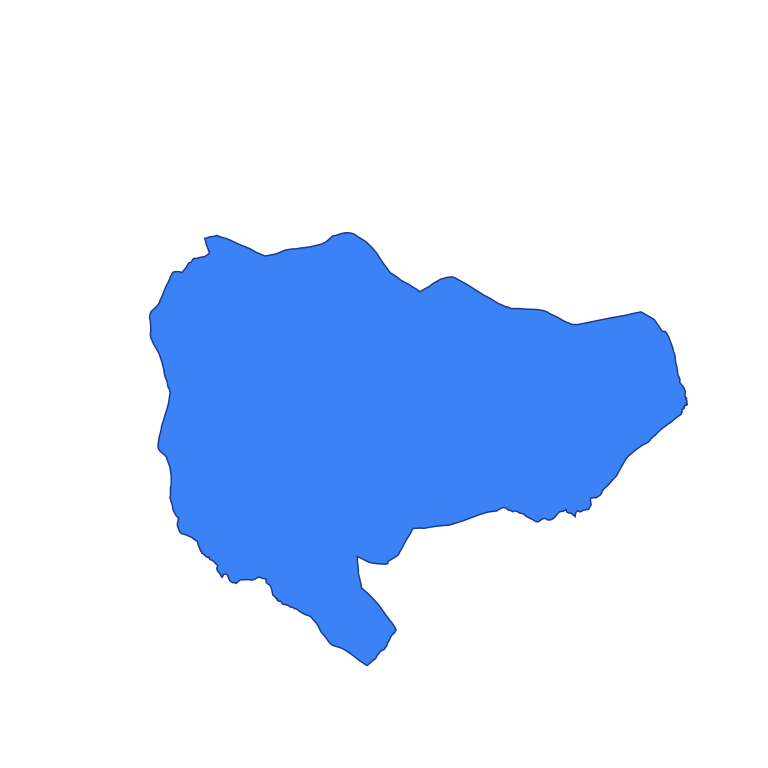 outline of Hanang, Manyara, United Republic of Tanzania, rotated 141°
{"feature_id": "72390352B73734578830609", "entity_name": "Hanang", "entity_type": "district", "adm_level": 2, "iso_a3": "TZA", "parent_name": "United Republic of Tanzania", "parent_adm1": "Manyara", "projection": "robinson", "projection_center": [35.319, -4.56], "detail": "fine", "context": "isolated", "style": "filled", "palette": "blue", "viewbox_px": 768, "rotation_deg": 141, "n_neighbors": 0, "source": "geoboundaries", "source_scale": "gbopen_adm2", "svg_char_len": 6159}
<svg xmlns="http://www.w3.org/2000/svg" viewBox="0 0 768 768"><g transform="rotate(141 384 384)"><path d="M487.7,598.8L491.8,597.2L501.1,591.9L504.2,590.6L506.8,589.0L509.5,587.9L511.5,587.4L519.3,586.9L521.8,585.5L524.1,583.5L526.4,579.4L530.0,574.3L532.1,571.7L533.6,570.5L535.8,567.4L535.8,567.7L537.9,559.9L539.5,549.8L540.9,545.8L543.0,540.3L546.0,533.9L549.2,528.4L551.1,522.2L553.5,518.1L554.4,514.2L556.0,511.3L557.0,510.8L563.3,504.8L568.9,500.8L573.3,498.0L577.5,495.0L581.5,492.5L584.5,490.2L585.1,489.3L585.9,488.9L589.2,486.2L591.5,484.8L596.1,480.6L599.0,477.6L599.8,476.4L600.2,475.0L600.3,472.5L600.1,471.0L599.2,467.1L599.1,464.1L600.1,461.7L602.3,455.2L603.3,452.9L607.0,446.9L610.2,442.6L613.2,439.3L615.2,437.8L619.9,432.0L621.8,430.4L623.3,427.1L624.8,422.8L627.1,419.2L627.9,415.8L628.4,412.2L628.1,409.4L628.6,408.5L631.8,406.1L633.4,404.4L634.8,401.0L635.7,397.9L635.5,395.0L633.2,392.0L630.1,386.0L629.1,382.0L628.3,379.8L628.2,378.8L629.8,375.5L630.9,371.5L631.7,369.3L631.3,367.8L632.1,367.1L631.2,365.9L631.2,364.2L630.8,361.6L630.1,360.0L629.6,360.3L629.1,360.0L629.1,359.1L629.7,357.3L628.0,353.9L627.9,349.8L627.5,348.6L627.5,347.7L628.1,347.1L630.1,345.9L630.9,343.6L631.1,342.0L631.0,341.1L630.8,340.2L631.6,336.9L631.6,336.0L631.2,335.7L630.7,335.8L628.6,336.9L628.0,336.9L626.1,335.1L625.9,334.3L626.0,333.4L627.2,330.3L627.0,329.8L627.4,329.1L627.5,327.9L627.1,326.0L626.8,325.0L624.6,323.2L624.8,322.4L623.8,322.1L621.6,322.3L618.9,322.2L612.5,317.4L610.0,314.6L606.9,313.6L602.6,312.8L600.8,309.6L598.4,306.8L598.6,306.0L599.5,305.5L600.3,303.9L600.4,302.3L599.3,299.8L599.5,297.8L600.9,294.3L603.2,290.0L602.4,285.2L602.5,285.1L602.4,285.0L602.8,285.0L602.7,284.4L602.9,283.2L602.4,282.9L602.8,282.0L602.1,281.4L601.8,280.6L601.0,280.4L601.1,278.9L601.4,277.0L601.0,276.1L600.4,275.8L600.0,275.0L599.3,274.8L599.3,274.0L599.0,273.7L598.3,273.5L597.8,272.5L597.7,271.7L596.9,269.3L595.5,267.8L595.2,267.1L594.7,265.3L593.8,264.8L593.0,262.4L592.9,260.9L591.1,256.1L590.1,254.0L587.7,250.2L587.4,248.2L587.1,241.0L587.4,237.5L588.6,232.7L589.0,230.7L588.7,223.2L589.2,219.1L589.1,215.9L588.5,213.5L586.1,209.7L584.5,207.6L582.8,204.7L580.9,199.6L579.5,194.9L577.2,184.6L574.9,177.3L574.4,176.1L573.6,175.8L566.7,176.1L563.4,175.9L559.7,177.5L555.5,178.3L553.5,178.4L551.1,177.6L547.0,178.7L544.3,180.4L541.4,181.4L539.4,182.5L536.6,183.8L532.4,184.1L529.4,185.2L528.7,187.9L528.1,193.6L528.1,195.3L528.4,195.9L528.0,199.6L528.0,202.3L527.1,216.7L528.2,230.4L529.7,239.3L529.8,239.3L525.6,247.6L523.2,252.7L520.1,256.8L516.7,262.3L513.3,266.8L512.9,266.1L508.2,255.5L506.0,252.4L501.1,247.4L496.6,243.3L494.6,242.2L494.1,242.1L493.2,243.2L491.1,243.5L485.8,242.6L481.2,242.2L478.9,242.9L464.2,249.0L458.9,250.7L452.5,253.5L446.4,249.2L443.9,246.7L438.8,244.0L434.1,241.3L425.9,236.0L423.4,234.1L421.3,233.0L408.6,227.9L392.2,222.5L385.2,219.6L382.6,218.4L376.1,214.3L374.4,214.4L370.0,213.4L368.6,212.6L367.5,211.2L366.5,207.4L364.9,205.6L364.6,204.0L363.7,203.5L362.5,203.2L361.7,202.5L360.9,201.5L360.2,199.5L360.0,198.4L359.2,197.9L358.6,197.0L358.3,196.0L357.1,195.0L356.9,194.2L357.1,193.0L356.9,192.2L355.8,189.4L354.7,186.9L353.7,185.3L353.0,182.5L352.4,181.3L351.4,180.3L350.4,179.7L347.7,179.7L345.6,179.3L343.7,178.5L342.9,177.4L342.8,176.2L341.9,174.8L339.6,173.4L338.3,173.0L335.3,173.0L333.3,173.3L331.5,173.9L328.1,174.2L326.1,173.2L324.8,172.4L322.7,171.8L321.7,172.1L321.9,170.5L322.5,169.4L321.6,167.5L320.7,167.0L320.3,166.1L319.8,165.6L319.5,163.4L319.0,162.2L318.9,160.7L317.7,161.9L315.9,163.2L314.3,163.8L313.3,163.6L312.9,162.5L311.9,161.1L310.7,160.7L309.2,160.7L307.6,160.1L306.5,159.3L305.7,159.3L305.1,158.5L304.4,157.9L303.5,158.0L301.9,158.8L301.2,159.1L300.0,159.3L298.9,159.8L297.9,161.8L295.9,164.8L295.4,165.0L294.7,164.9L292.0,163.3L291.2,162.2L287.3,161.7L285.6,161.7L284.5,161.9L283.3,162.4L282.5,163.2L279.2,164.1L273.7,164.3L265.9,165.8L261.1,166.3L254.4,169.2L243.0,173.5L239.7,174.2L236.4,174.2L232.4,174.4L228.3,174.3L221.4,173.8L216.1,172.6L213.4,172.7L211.7,173.2L209.6,173.5L206.9,173.7L205.7,173.3L202.8,174.0L197.4,174.4L190.4,174.2L183.5,173.7L180.0,173.9L171.8,173.5L171.3,174.2L170.4,174.4L169.9,174.6L169.7,175.0L170.1,175.2L170.0,175.5L168.3,176.5L168.0,176.7L167.7,176.4L166.3,176.2L165.8,177.1L165.5,176.7L164.7,177.3L164.4,178.2L162.9,177.9L162.9,177.6L162.5,177.4L162.3,177.3L161.9,177.8L161.4,177.2L161.0,177.5L160.7,178.5L160.7,179.2L159.6,179.6L159.2,180.4L158.9,182.4L158.2,182.1L157.9,182.2L157.8,184.9L156.6,186.6L155.5,187.4L154.1,189.6L153.7,191.5L153.2,192.3L153.2,199.2L151.4,201.0L150.4,203.0L150.1,205.5L149.7,206.3L145.3,213.5L144.3,216.4L140.2,222.6L138.7,226.6L136.6,231.1L134.2,238.4L133.1,241.4L132.3,246.2L132.4,247.4L132.7,248.3L134.4,249.6L134.6,250.6L134.0,255.7L133.5,264.3L138.8,278.2L144.2,281.1L154.2,286.0L165.8,292.5L195.9,308.2L199.8,311.4L201.2,313.4L201.9,314.9L203.6,317.6L205.4,321.9L207.1,326.6L207.7,327.7L211.2,335.1L212.2,338.0L214.1,340.9L218.1,345.5L225.8,352.2L231.4,357.5L237.7,362.6L239.5,366.3L240.8,367.1L241.9,369.9L244.6,374.8L247.5,383.4L250.5,390.2L255.1,403.9L256.7,408.5L261.6,420.8L263.5,424.3L267.8,427.1L274.1,429.8L283.0,431.3L287.1,431.2L292.5,432.3L297.9,433.1L298.6,435.0L299.0,437.0L300.3,440.3L302.0,445.8L305.3,453.3L306.9,460.0L309.1,466.6L308.4,481.5L307.3,490.1L307.4,496.4L307.7,499.8L308.2,503.0L308.3,505.5L310.5,512.0L311.7,515.1L312.5,518.2L313.8,520.8L316.1,523.6L318.6,525.7L323.1,528.1L326.7,529.2L330.8,531.4L335.1,531.1L340.2,531.0L344.4,532.0L355.3,537.1L363.7,542.4L367.3,544.4L370.5,546.8L376.0,550.0L386.7,553.3L395.9,558.3L400.4,566.6L402.8,572.9L405.2,577.6L407.9,582.2L410.4,587.1L412.7,592.0L415.1,596.4L417.6,599.8L420.4,604.6L423.3,605.8L426.8,608.0L430.8,609.3L431.7,610.1L433.1,606.5L434.3,604.3L436.9,596.4L437.8,595.3L441.9,595.8L443.2,595.7L444.0,596.3L447.5,598.3L449.7,599.1L451.3,600.0L452.4,601.2L454.1,601.2L457.4,600.0L458.2,600.2L459.1,600.9L459.8,600.8L461.1,600.5L463.8,599.2L468.5,598.3L469.9,597.8L470.8,597.9L472.8,600.5L474.6,602.0L476.4,603.2L477.6,603.6L479.2,603.3L480.4,602.6L481.9,602.0L487.7,598.8Z" fill="#3b82f6" stroke="#1e3a8a" stroke-width="1.5"/></g></svg>